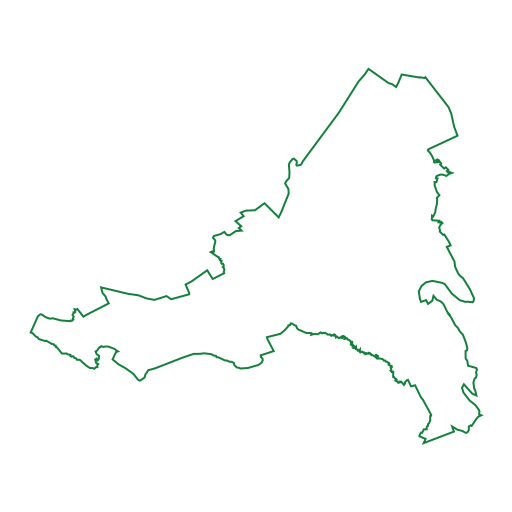 the district of Moara, Suceava, Romania
{"feature_id": "2599482B75837572043429", "entity_name": "Moara", "entity_type": "district", "adm_level": 2, "iso_a3": "ROU", "parent_name": "Romania", "parent_adm1": "Suceava", "projection": "natural_earth1", "projection_center": [26.193, 47.582], "detail": "fine", "context": "isolated", "style": "outline", "palette": "green", "viewbox_px": 512, "rotation_deg": 0, "n_neighbors": 0, "source": "geoboundaries", "source_scale": "gbopen_adm2", "svg_char_len": 6034}
<svg xmlns="http://www.w3.org/2000/svg" viewBox="0 0 512 512"><path d="M423.7,443.1L453.9,431.6L452.2,426.5L457.4,429.7L462.5,431.0L465.3,432.7L466.4,432.8L467.4,432.3L468.8,430.2L468.8,426.5L470.6,425.4L471.6,425.9L477.1,417.9L478.3,416.7L481.3,415.3L479.2,414.4L479.4,411.1L479.0,410.0L475.2,404.9L469.7,400.6L463.5,392.6L462.0,387.8L463.9,384.3L472.3,393.7L476.4,395.5L475.1,389.9L474.2,388.6L473.4,382.6L474.5,378.9L476.0,377.4L476.7,374.8L476.0,372.4L477.0,369.5L476.2,368.0L468.1,365.7L467.2,360.5L465.8,358.9L465.6,357.8L465.6,351.0L467.0,350.4L467.3,348.3L466.2,343.4L462.9,334.7L459.8,331.4L457.9,327.9L455.2,325.2L451.2,317.6L448.6,314.2L449.2,314.2L447.1,311.6L444.1,305.4L442.8,303.3L440.5,301.3L436.9,299.8L433.5,295.8L432.3,300.7L428.1,303.9L426.0,300.1L421.1,301.9L420.0,299.3L418.8,291.3L421.5,286.0L426.0,282.3L432.5,280.9L442.0,282.8L444.8,284.1L451.8,293.6L459.8,300.2L465.5,301.9L467.8,301.7L472.6,302.3L473.5,301.4L474.0,298.2L469.9,289.2L463.1,278.3L459.7,275.5L458.2,273.5L455.9,268.5L455.0,266.3L454.5,261.6L446.8,246.9L450.6,245.4L449.0,241.9L444.3,234.5L443.2,235.0L439.8,231.6L440.1,231.0L439.2,227.3L440.7,224.5L442.4,223.2L441.2,221.8L439.7,222.5L438.5,222.3L439.2,220.7L432.5,220.3L431.8,219.4L432.0,215.7L433.2,216.5L435.3,212.1L435.6,209.3L436.8,204.6L437.2,200.1L437.0,197.6L439.4,195.3L436.9,192.0L434.7,185.6L434.6,182.1L436.4,182.2L437.5,178.4L435.9,178.2L436.3,176.6L437.2,175.8L440.3,174.6L442.6,174.6L446.4,175.9L449.4,173.7L451.9,172.9L449.1,171.8L448.6,172.5L447.6,172.1L446.8,171.1L448.3,169.8L445.8,167.3L444.1,168.5L440.7,165.2L440.1,164.5L441.2,163.6L438.6,160.0L438.0,160.3L437.2,159.5L436.0,160.3L437.7,162.2L434.4,162.5L434.0,162.1L433.9,160.2L432.0,155.9L429.8,152.5L427.8,150.4L427.9,150.0L428.4,149.3L457.5,135.7L454.1,126.6L451.2,113.4L448.5,107.1L425.4,77.3L425.0,78.0L419.8,77.3L419.7,77.6L401.7,74.5L398.3,82.8L396.0,87.0L392.0,84.1L388.6,83.1L368.5,68.9L364.3,75.0L358.7,81.3L338.9,112.6L302.9,161.2L301.2,164.4L300.1,165.1L296.8,165.6L296.3,164.8L296.8,162.5L296.6,161.0L294.1,158.8L293.5,158.7L292.6,159.0L289.7,162.4L288.9,164.8L289.5,172.5L289.2,177.9L286.1,181.4L285.1,183.5L288.4,188.9L288.7,193.6L281.3,212.0L278.7,217.4L264.5,203.2L254.9,210.3L246.0,210.6L240.7,212.6L243.6,216.2L235.5,221.1L241.2,226.2L238.8,228.0L241.6,230.6L235.8,231.1L229.8,235.2L227.8,235.1L226.2,234.3L224.4,231.9L220.3,234.2L213.8,236.0L213.0,237.7L214.9,239.9L215.4,241.2L213.7,248.2L214.0,251.6L213.5,251.9L212.2,251.4L210.7,252.1L217.9,257.0L218.7,257.1L219.2,258.7L220.4,258.9L220.1,260.2L220.6,260.9L221.5,260.8L221.2,262.8L221.8,263.8L223.0,263.8L223.7,265.2L223.7,266.3L222.8,267.0L224.0,268.3L223.9,268.9L224.4,269.8L223.7,272.1L224.2,273.2L212.7,279.0L207.2,270.3L191.7,281.3L185.6,284.6L189.3,293.3L189.1,294.3L171.2,299.2L166.5,296.1L154.3,299.9L146.2,298.3L138.4,295.3L127.9,293.8L101.1,287.4L102.5,292.9L105.7,296.7L106.2,298.6L108.7,303.4L86.3,314.9L83.4,316.7L77.4,309.0L76.4,309.6L74.6,309.2L75.3,312.0L74.5,312.7L73.5,312.5L73.6,313.2L72.5,314.8L73.7,316.8L72.8,318.5L73.4,319.3L72.4,320.5L70.8,320.5L70.6,321.2L60.6,320.4L52.5,318.2L50.8,318.7L48.8,318.4L45.3,317.0L41.8,314.5L40.4,314.3L37.9,316.2L30.7,332.5L32.5,333.1L35.8,336.5L37.8,337.5L38.7,339.0L45.3,341.1L46.2,340.7L51.8,343.9L53.7,344.2L54.2,345.3L55.7,345.6L55.8,346.9L56.9,347.3L61.9,353.5L66.7,353.5L67.4,354.3L70.4,354.8L70.4,356.1L71.5,356.7L72.1,356.3L73.5,356.4L74.1,357.7L76.2,358.5L77.0,359.8L79.8,359.8L86.1,365.5L89.9,368.0L92.7,368.1L94.3,368.8L95.8,367.3L97.4,367.1L97.3,365.2L98.2,364.1L96.2,363.0L95.2,359.5L96.4,358.7L97.7,360.4L99.0,358.4L98.6,357.4L99.1,356.6L98.9,355.6L96.7,354.3L95.6,351.5L97.1,350.6L99.4,347.3L100.4,347.2L100.6,346.5L101.3,346.2L103.4,346.9L105.5,346.5L108.5,346.6L114.4,348.9L117.9,351.4L116.1,351.9L112.6,359.4L118.8,364.5L125.3,368.1L133.3,373.8L138.0,379.7L139.9,380.7L144.5,377.6L145.4,374.5L148.3,370.2L154.9,368.4L183.2,357.4L193.7,353.9L200.4,353.8L203.9,353.3L211.0,354.1L214.2,355.7L215.9,355.8L216.6,357.2L218.6,357.4L224.9,360.4L227.3,360.6L229.3,361.7L231.8,361.8L234.0,363.1L234.3,365.1L236.9,367.5L239.4,367.9L240.2,368.5L247.9,368.0L258.6,364.9L261.6,362.6L262.8,360.2L262.4,358.4L261.0,357.1L260.7,355.3L273.7,351.1L267.6,339.4L266.9,337.2L280.5,333.8L284.9,330.0L288.5,326.0L288.4,325.4L290.3,324.9L290.7,323.4L292.5,323.7L294.4,325.2L296.2,325.9L297.0,328.2L298.1,329.4L306.3,333.0L311.4,333.1L311.7,333.4L311.3,334.8L313.9,334.0L317.9,334.2L320.6,332.4L322.1,333.4L323.3,332.8L324.5,333.2L325.2,332.8L328.0,334.7L329.8,334.4L331.2,335.7L331.6,335.1L333.6,335.6L333.6,334.6L334.5,334.4L335.7,335.6L335.9,337.4L337.0,336.7L338.8,338.2L339.7,337.6L342.3,338.0L342.5,337.5L341.7,336.5L343.3,335.9L344.8,336.8L344.4,338.9L345.2,338.8L346.0,337.9L347.3,338.5L347.6,339.6L349.4,340.0L350.9,342.1L351.7,341.6L352.2,341.8L352.2,342.5L351.4,343.0L352.2,343.9L350.8,344.1L350.8,344.6L352.9,345.7L352.7,346.7L353.8,346.7L353.8,345.9L355.2,346.6L353.8,348.1L355.3,348.4L356.0,347.3L356.1,349.2L357.8,349.6L357.9,350.7L359.0,350.9L359.9,349.7L359.8,351.9L360.3,352.4L361.9,351.6L362.3,352.2L363.7,352.2L363.9,353.2L365.3,353.1L365.4,354.2L366.7,353.9L367.0,353.3L368.4,353.6L368.7,352.8L369.9,353.1L370.2,354.0L371.2,354.2L371.5,355.2L372.7,355.2L375.3,356.9L375.9,356.6L375.6,355.2L376.1,354.8L378.1,356.2L377.8,357.0L376.3,357.7L377.1,358.6L380.0,358.5L382.6,359.1L383.9,360.6L385.1,360.5L385.7,361.5L386.8,361.6L388.4,362.9L389.1,363.0L389.3,363.4L388.6,363.9L388.6,364.8L391.8,366.1L391.8,367.1L390.7,367.4L391.5,370.2L390.6,370.7L391.9,372.2L393.2,371.9L393.2,377.0L394.2,377.2L394.6,378.2L396.2,379.2L396.5,379.6L395.4,380.6L397.6,381.7L398.3,382.8L399.6,382.5L399.1,381.9L399.2,381.6L401.3,381.7L403.9,384.9L405.0,383.3L404.9,382.3L406.9,380.2L408.0,379.9L411.0,386.3L415.1,385.3L421.0,397.5L422.8,399.5L431.2,414.9L431.0,415.8L430.2,416.0L430.2,420.5L428.9,423.5L428.0,424.2L427.9,426.0L426.9,426.5L426.5,428.1L426.7,429.3L423.8,429.4L422.2,432.7L420.9,432.6L419.6,435.1L419.4,436.3L425.6,438.9L423.7,443.1Z" fill="none" stroke="#15803d" stroke-width="2"/></svg>